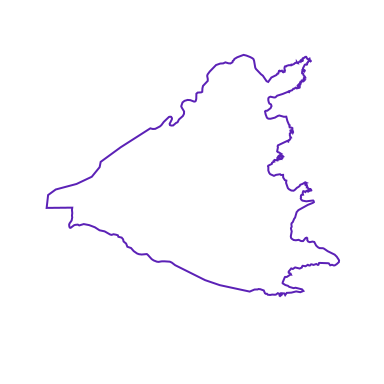 outline of La Pointe, Praslin, Saint Lucia, rotated 347°
{"feature_id": "8701671B89606244104668", "entity_name": "La Pointe", "entity_type": "district", "adm_level": 2, "iso_a3": "LCA", "parent_name": "Saint Lucia", "parent_adm1": "Praslin", "projection": "orthographic", "projection_center": [-60.889, 13.846], "detail": "fine", "context": "isolated", "style": "outline", "palette": "violet", "viewbox_px": 384, "rotation_deg": 347, "n_neighbors": 0, "source": "geoboundaries", "source_scale": "gbopen_adm2", "svg_char_len": 6037}
<svg xmlns="http://www.w3.org/2000/svg" viewBox="0 0 384 384"><g transform="rotate(347 192 192)"><path d="M156.4,256.2L159.1,259.5L184.9,280.8L198.1,289.0L225.8,302.0L231.0,301.1L234.0,301.7L234.9,301.5L236.7,302.1L239.8,304.1L240.3,307.0L241.0,307.8L242.1,308.0L242.7,309.1L244.9,309.9L247.1,310.0L249.9,310.8L250.8,310.8L252.9,309.9L254.6,311.7L254.0,312.7L254.4,313.2L256.3,312.3L255.5,310.7L255.9,310.6L259.1,311.6L259.6,313.4L261.6,311.6L266.2,312.4L271.1,312.3L275.0,314.0L278.3,313.5L277.3,311.6L271.4,308.6L269.3,308.5L265.4,306.3L264.4,305.0L262.1,303.7L259.8,301.4L260.0,300.5L263.2,296.0L263.6,295.7L265.2,296.1L269.3,294.6L269.9,294.8L269.7,293.7L268.1,292.5L268.1,291.8L268.4,291.2L271.5,288.8L272.9,289.7L275.5,288.7L279.7,290.8L282.0,290.3L282.6,289.2L283.3,288.8L285.9,289.9L288.5,289.0L289.6,290.0L290.5,290.1L291.6,289.3L292.3,289.4L294.0,290.4L296.9,290.1L298.3,291.4L298.9,291.3L299.8,289.8L300.4,289.8L308.5,292.0L309.2,292.3L310.2,294.5L312.0,294.4L313.7,295.5L314.6,295.6L316.6,294.9L319.3,293.4L319.9,291.8L319.7,290.9L318.5,287.6L316.9,285.1L310.9,280.2L307.9,276.9L306.9,276.2L303.7,275.4L302.3,274.2L300.9,272.1L299.9,268.2L298.2,267.4L295.5,267.4L294.1,266.5L293.5,265.0L293.9,262.9L293.5,262.3L292.3,262.4L289.2,264.8L288.6,264.7L287.2,264.3L285.2,262.6L282.3,262.4L280.2,261.6L278.7,260.0L278.2,259.0L278.3,257.4L280.3,252.8L280.2,250.1L280.3,249.5L281.3,248.3L281.6,245.7L282.0,244.9L283.5,243.9L285.5,241.1L286.7,240.1L289.4,235.2L291.6,233.6L302.0,230.6L307.2,229.8L308.5,229.3L308.5,228.2L308.1,227.5L301.3,226.8L297.6,225.2L296.7,223.9L296.5,222.6L297.1,221.6L297.0,221.0L297.5,219.8L298.1,219.5L299.6,219.6L299.5,218.1L300.5,216.3L301.1,216.3L302.5,217.6L303.5,216.7L305.4,216.5L305.4,216.8L304.9,217.4L305.2,217.8L307.0,217.2L307.4,216.4L308.2,217.4L308.6,217.3L308.6,216.8L308.1,215.7L306.2,215.2L305.7,213.7L305.0,213.4L305.5,212.7L305.4,212.1L304.6,211.3L305.4,211.0L305.3,210.5L303.7,209.3L303.7,209.0L305.5,208.8L304.5,208.0L301.5,209.0L299.1,209.3L298.3,210.3L296.9,211.0L295.2,211.5L292.8,213.0L291.3,213.6L289.1,212.9L287.2,211.2L286.3,209.8L285.7,204.3L286.5,202.1L285.2,201.4L284.1,198.4L284.6,195.8L282.6,195.5L281.8,194.5L277.7,194.2L275.5,194.7L272.2,192.2L271.5,190.6L271.2,188.2L272.0,184.9L271.8,184.2L272.2,183.5L276.1,182.6L276.6,181.5L278.1,181.0L278.3,180.5L279.0,180.8L279.1,179.8L279.6,179.3L282.5,180.5L283.0,179.8L283.9,179.8L283.6,179.5L282.2,179.4L282.4,179.2L284.7,178.8L284.7,179.4L285.2,179.7L286.0,179.6L286.6,179.9L286.7,179.3L287.6,179.3L287.7,178.5L288.9,178.1L288.4,177.2L285.9,177.2L286.2,176.4L285.0,176.6L284.2,177.8L283.3,177.5L284.4,176.4L287.7,175.1L285.5,172.9L284.7,172.5L284.1,171.6L285.8,167.7L285.7,166.8L286.2,165.9L296.1,163.7L297.1,164.5L297.5,163.4L298.0,163.2L298.5,163.4L299.7,162.4L299.9,161.4L300.7,161.3L300.0,159.2L300.5,157.0L301.7,156.6L301.7,153.4L302.7,155.3L303.5,156.2L303.6,156.9L304.0,156.4L303.8,153.4L304.2,152.4L303.7,151.8L301.7,151.0L301.7,149.9L302.2,148.9L301.6,148.2L300.9,144.2L300.8,139.8L298.5,139.4L294.3,137.1L292.7,137.2L289.5,138.2L285.0,138.3L282.8,137.7L281.7,136.4L281.2,132.9L281.3,129.9L282.0,129.5L283.7,129.7L287.4,128.0L288.8,126.2L288.7,124.5L287.3,123.2L287.0,121.8L287.0,119.6L287.5,117.8L288.6,117.0L289.9,116.8L293.3,118.4L294.6,118.5L296.7,117.3L302.3,116.9L307.2,116.1L308.3,116.1L309.1,116.6L309.5,116.2L309.3,115.6L312.4,115.4L314.0,114.2L315.0,114.4L316.4,113.6L317.0,113.8L317.4,114.6L320.2,114.6L320.6,114.1L320.8,112.9L320.5,112.8L319.9,113.9L319.5,113.9L319.0,113.1L319.6,112.0L319.3,111.8L320.7,110.9L321.0,111.7L321.8,111.6L322.0,111.2L321.3,111.0L322.3,110.3L321.7,110.2L321.8,109.9L322.5,109.0L323.4,109.2L324.0,108.0L325.0,108.0L325.0,108.8L325.4,109.2L326.8,108.5L326.6,107.3L327.2,107.3L326.6,106.2L327.0,105.8L328.1,105.9L327.8,104.7L327.0,103.6L326.9,101.9L326.0,101.2L326.3,99.7L327.4,98.7L328.3,98.8L328.5,99.8L329.2,99.2L329.0,98.5L327.3,97.7L328.0,97.2L327.9,96.5L330.4,93.5L331.2,93.2L332.1,93.7L332.8,93.6L333.4,92.0L334.1,91.8L334.5,91.1L336.0,90.4L336.8,91.4L337.2,91.2L337.2,90.8L336.5,90.4L336.5,88.5L336.2,88.6L336.1,89.3L335.5,89.4L334.3,88.2L333.7,86.0L333.3,85.9L333.0,86.2L332.3,86.0L330.6,86.9L330.3,86.6L329.7,86.9L329.4,87.5L329.6,88.7L329.2,89.2L328.8,89.1L328.4,88.4L327.5,89.4L327.2,88.5L326.4,89.3L325.9,89.2L324.9,89.8L324.0,89.6L324.1,90.3L323.7,90.1L323.3,89.0L323.2,89.4L321.2,89.6L320.3,90.2L317.4,90.8L317.2,90.3L316.6,90.7L314.8,90.2L312.4,90.4L312.0,90.8L311.0,90.5L310.3,91.2L309.8,92.8L309.9,94.3L309.3,94.5L309.4,95.6L307.9,95.9L307.4,95.5L306.9,94.0L305.2,94.2L304.7,93.5L304.0,93.6L302.7,96.0L301.8,95.9L300.6,97.0L295.1,98.3L291.0,101.9L289.6,100.8L287.2,94.6L285.7,92.8L282.0,86.5L281.6,85.1L282.0,78.1L281.8,76.4L281.1,75.4L279.2,73.7L275.7,71.3L273.1,70.0L266.4,70.9L263.3,71.9L262.2,73.1L261.3,73.4L260.6,74.7L258.4,75.4L256.5,74.8L253.7,73.2L251.3,73.7L248.4,73.2L244.0,73.7L236.4,78.6L233.6,81.0L232.9,82.3L232.8,85.5L232.3,87.3L226.6,91.1L225.5,93.3L224.5,96.7L223.3,97.0L219.9,96.4L218.4,97.2L217.1,102.2L216.1,104.1L215.3,104.5L214.4,104.4L211.0,102.1L208.4,101.3L205.2,101.5L202.9,102.6L200.8,106.0L201.0,107.4L202.4,111.7L201.8,114.0L200.2,115.9L195.6,118.4L193.6,120.8L192.0,121.1L188.6,122.9L186.8,122.6L185.6,121.9L185.5,120.6L188.7,116.7L189.1,115.6L188.6,114.1L187.6,113.7L186.4,113.7L180.2,117.4L177.3,119.9L175.5,120.9L170.4,122.2L168.0,121.8L165.7,120.6L132.5,132.4L109.8,142.1L107.6,147.0L97.8,154.6L81.3,158.2L59.8,158.9L51.1,162.6L46.8,174.8L71.8,180.3L71.0,182.5L70.6,185.6L69.7,188.2L69.6,189.8L68.3,192.7L65.6,195.1L64.9,196.3L64.7,198.2L64.9,199.2L65.7,199.6L69.8,197.8L71.2,197.8L73.4,198.1L74.6,199.2L79.3,198.9L84.3,201.1L89.4,204.5L93.3,208.5L98.0,210.7L102.8,215.1L104.1,215.7L106.0,215.5L108.3,216.5L110.0,217.5L110.2,219.1L113.2,220.6L114.2,222.6L114.2,224.8L116.2,227.4L116.7,230.8L120.0,232.9L121.9,236.5L124.7,239.6L126.4,240.7L128.9,241.6L134.0,242.3L134.8,243.3L137.6,248.3L139.2,250.0L142.1,252.0L143.8,252.6L146.5,252.7L149.4,253.3L154.7,254.9L156.4,256.2Z" fill="none" stroke="#5b21b6" stroke-width="2"/></g></svg>